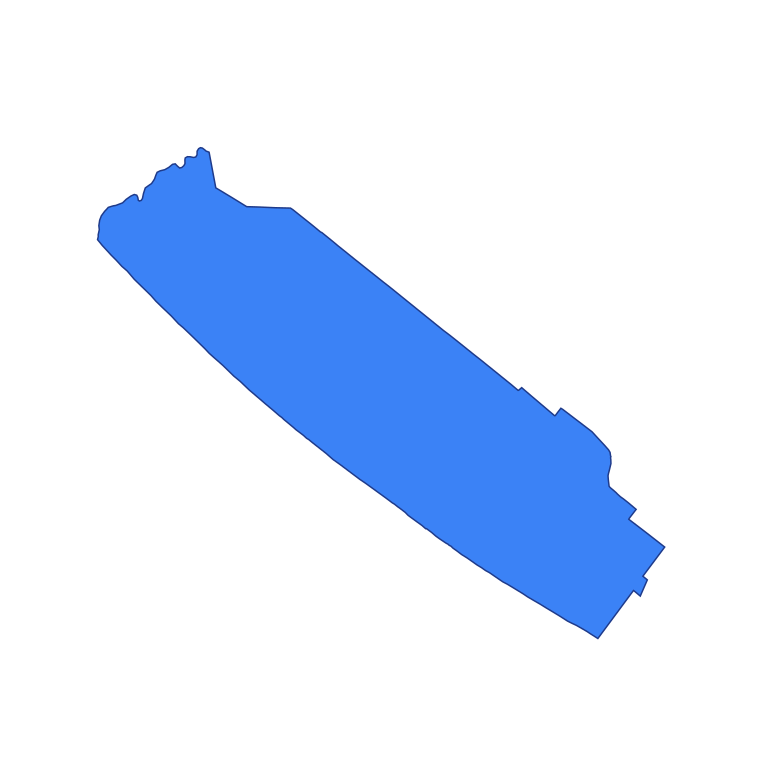 the district of Sipacate, Escuintla, Guatemala, rotated 31°
{"feature_id": "79465075B96502800486536", "entity_name": "Sipacate", "entity_type": "district", "adm_level": 2, "iso_a3": "GTM", "parent_name": "Guatemala", "parent_adm1": "Escuintla", "projection": "robinson", "projection_center": [-91.165, 13.962], "detail": "fine", "context": "isolated", "style": "filled", "palette": "blue", "viewbox_px": 768, "rotation_deg": 31, "n_neighbors": 0, "source": "geoboundaries", "source_scale": "gbopen_adm2", "svg_char_len": 2696}
<svg xmlns="http://www.w3.org/2000/svg" viewBox="0 0 768 768"><g transform="rotate(31 384 384)"><path d="M645.1,358.9L644.8,358.9L640.8,358.1L639.0,357.6L635.8,357.0L631.3,356.3L630.3,356.0L629.6,355.7L625.8,350.8L623.3,347.3L622.5,345.1L621.8,342.6L619.5,335.3L617.3,331.9L616.2,330.6L615.9,329.4L615.2,328.9L613.0,326.2L610.4,324.8L605.4,323.2L595.4,320.3L586.9,317.8L550.2,313.7L548.1,313.7L547.5,318.7L547.1,322.8L546.5,323.3L516.6,318.4L508.4,317.0L503.9,316.2L502.6,320.1L502.2,320.4L493.6,319.0L453.5,313.4L446.2,312.5L415.9,308.4L407.5,307.5L373.7,302.8L338.7,297.9L330.5,296.9L294.2,292.1L279.1,290.0L273.1,289.2L266.2,288.1L252.7,286.2L251.3,286.4L241.4,284.9L216.0,281.5L213.2,281.4L200.4,288.7L185.5,296.8L175.0,302.7L157.3,302.5L138.8,302.5L114.7,275.4L113.3,275.6L111.8,276.0L109.6,275.6L106.8,275.3L104.9,276.0L103.9,277.8L103.9,280.7L105.7,283.8L105.7,284.8L105.7,286.4L104.1,287.9L100.7,289.1L99.2,290.0L98.4,290.4L97.2,292.6L97.9,294.4L99.9,297.6L100.0,299.9L99.2,302.5L97.6,304.1L95.0,303.7L93.1,303.2L91.7,302.8L89.6,304.6L88.0,309.1L85.7,313.2L82.3,316.6L80.5,319.4L80.9,322.5L81.7,326.4L81.7,328.4L81.5,331.9L79.9,335.4L78.4,338.9L79.7,344.5L81.4,349.4L81.4,351.6L80.5,352.6L80.2,353.1L78.8,353.1L77.5,351.6L76.8,350.8L74.8,349.5L72.3,350.2L70.2,353.3L67.9,358.5L66.9,362.4L66.6,363.4L62.1,369.1L60.2,370.7L58.9,372.1L56.7,374.6L56.3,376.8L55.6,379.9L55.1,385.4L55.9,390.0L58.0,395.1L60.5,398.4L62.1,403.2L63.2,404.9L63.5,405.9L64.1,407.8L71.3,410.4L77.5,412.2L84.2,414.2L90.7,415.8L98.8,418.2L105.7,419.4L116.1,422.9L138.7,428.2L145.8,430.5L155.2,432.7L166.5,435.2L176.8,438.2L182.7,439.1L193.8,441.6L212.3,446.0L218.3,447.7L224.5,448.9L236.1,451.0L251.3,454.6L259.3,455.8L271.3,458.5L289.8,461.6L292.6,462.1L302.2,463.6L310.8,465.1L313.5,465.3L316.5,466.0L328.9,467.9L331.9,468.5L335.8,468.9L341.2,469.5L345.6,470.4L348.2,470.4L352.7,471.1L370.0,473.3L379.4,475.0L387.3,475.6L412.3,478.2L419.6,478.6L443.7,480.7L448.7,481.2L452.2,481.6L454.8,481.6L459.2,482.2L461.0,482.3L468.2,483.1L472.4,484.2L483.3,485.2L489.4,485.7L494.3,486.6L494.9,486.1L501.1,486.7L506.8,487.7L511.6,488.1L519.6,488.5L520.9,488.3L523.0,488.7L524.8,488.5L527.8,489.2L532.0,489.5L538.3,490.2L544.9,490.3L557.0,491.2L562.1,491.2L567.0,491.6L571.4,491.4L579.4,491.9L587.8,492.4L592.7,492.1L599.4,492.1L611.2,492.2L616.9,492.5L625.6,492.4L630.5,492.3L637.9,492.4L653.1,492.4L663.4,492.7L668.5,492.3L673.3,491.8L685.7,491.6L689.7,491.8L698.4,492.0L703.8,436.4L704.2,432.5L705.3,432.6L712.9,433.8L710.6,416.3L704.9,415.4L708.6,379.2L701.3,378.3L694.8,377.5L682.3,376.0L663.5,373.9L663.4,372.8L664.7,361.6L654.8,360.0L648.7,359.2L645.1,358.9Z" fill="#3b82f6" stroke="#1e3a8a" stroke-width="1.5"/></g></svg>